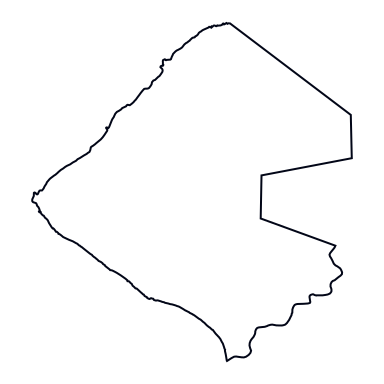 outline of Gros Piton, Soufrière, Saint Lucia
{"feature_id": "8701671B60383917462580", "entity_name": "Gros Piton", "entity_type": "district", "adm_level": 2, "iso_a3": "LCA", "parent_name": "Saint Lucia", "parent_adm1": "Soufrière", "projection": "mercator", "projection_center": [-61.071, 13.808], "detail": "fine", "context": "isolated", "style": "outline", "palette": "ink", "viewbox_px": 384, "rotation_deg": 0, "n_neighbors": 0, "source": "geoboundaries", "source_scale": "gbopen_adm2", "svg_char_len": 5456}
<svg xmlns="http://www.w3.org/2000/svg" viewBox="0 0 384 384"><path d="M350.8,114.9L230.0,23.4L228.8,23.4L228.2,23.3L227.4,23.8L226.8,23.3L226.4,23.0L225.0,24.0L224.1,24.4L223.4,24.3L223.2,24.1L223.5,23.6L223.2,23.5L222.7,23.8L222.4,24.3L222.4,24.6L220.7,25.4L219.6,25.5L218.7,25.6L217.8,25.6L217.3,25.4L217.0,25.6L216.7,26.1L216.1,26.2L215.8,26.1L214.7,25.5L213.9,25.5L213.5,25.7L212.7,26.5L212.1,27.0L212.1,26.4L211.6,26.3L211.1,27.0L210.8,27.4L209.8,26.9L209.1,26.9L208.9,27.3L208.1,27.7L203.8,29.6L202.4,30.3L201.1,31.4L200.4,31.7L199.3,32.5L198.9,32.8L197.9,34.5L197.2,35.2L196.3,35.9L195.4,36.3L195.1,36.6L194.8,37.2L194.0,37.5L193.2,37.5L192.8,37.8L192.2,38.0L190.1,40.0L189.7,40.6L188.2,41.6L187.5,42.3L186.0,43.1L184.3,44.5L183.1,46.1L182.1,47.4L180.6,48.5L178.2,49.8L176.7,50.5L175.4,51.5L173.1,53.9L172.5,55.5L172.0,56.3L171.1,58.7L171.0,59.1L170.4,59.6L166.8,59.9L166.1,60.2L165.6,60.1L165.3,59.5L164.7,59.3L163.1,60.1L162.8,61.1L162.9,62.1L162.9,64.4L163.3,64.7L163.3,65.1L162.8,65.8L161.3,65.9L160.7,66.3L160.4,67.1L160.8,67.6L162.0,68.7L162.2,69.0L162.6,70.0L162.6,70.9L162.3,72.0L161.1,73.8L159.8,75.6L159.3,76.2L158.4,76.7L155.1,79.9L153.4,80.5L153.0,81.0L152.0,82.2L151.8,83.2L151.6,84.3L150.5,86.1L149.2,87.8L148.5,88.3L147.4,88.6L145.1,88.7L144.2,88.9L142.7,90.5L140.7,93.0L139.1,95.2L137.8,96.9L135.7,99.8L134.9,100.5L133.5,102.2L131.8,103.7L129.8,105.2L128.7,105.0L127.7,104.8L126.7,105.3L126.1,106.3L122.2,108.1L121.1,109.4L119.0,110.8L116.9,111.9L115.3,113.7L114.2,116.0L113.8,117.0L112.5,118.9L111.8,120.3L109.5,126.1L109.0,127.3L108.5,127.9L108.3,128.1L107.8,127.9L106.9,127.4L106.4,127.5L106.1,127.9L106.3,128.4L107.1,129.3L107.3,130.2L107.1,130.9L104.3,135.1L102.7,137.3L100.8,139.4L96.2,143.2L95.1,144.2L93.1,145.7L91.3,146.8L90.8,147.5L90.3,150.0L89.9,151.0L89.4,152.0L87.7,153.0L86.7,153.9L84.0,155.4L80.1,157.9L78.6,158.7L77.6,159.2L76.0,160.8L72.8,162.5L70.1,164.4L67.0,165.8L65.2,166.9L63.0,168.6L60.9,169.9L58.9,171.6L57.9,172.5L57.4,173.1L56.7,173.6L55.5,174.7L54.3,175.4L50.6,178.2L49.6,179.1L46.9,182.3L46.3,183.8L44.5,186.5L43.6,188.5L42.1,190.4L41.3,190.5L40.3,190.4L39.5,190.7L38.4,192.6L38.1,193.6L37.6,194.2L37.1,194.4L36.4,194.1L35.6,193.0L34.7,192.5L34.4,192.5L33.9,192.9L33.8,196.0L32.3,199.3L32.2,200.2L32.3,201.2L32.8,201.9L33.4,202.3L33.8,202.4L34.8,202.7L36.2,203.3L36.8,204.6L36.8,204.9L37.2,205.9L38.3,207.0L39.1,208.5L39.9,210.9L39.1,211.2L38.9,211.5L39.1,211.9L39.5,212.3L40.0,212.4L40.7,212.2L40.8,212.6L41.1,213.4L41.5,214.0L42.9,215.4L43.6,215.6L43.9,215.9L44.6,217.1L45.0,217.7L46.4,218.8L47.7,220.2L49.1,223.2L51.9,227.6L52.8,228.5L53.2,228.3L54.2,229.2L55.3,230.7L55.9,231.7L56.8,231.8L57.5,232.4L58.3,233.1L58.4,233.5L58.5,233.9L59.5,234.1L61.0,235.2L62.1,236.1L63.1,237.0L65.8,238.3L69.0,239.8L72.8,241.3L76.1,243.2L77.4,243.8L78.1,244.5L78.9,245.3L79.9,245.7L80.6,246.5L81.4,246.8L84.1,249.0L87.5,251.7L89.9,253.6L90.6,254.1L91.9,254.8L92.5,255.7L93.9,256.9L95.4,257.9L96.1,258.6L97.4,259.6L98.6,260.9L100.8,261.9L102.3,263.0L102.6,263.3L103.1,264.1L103.9,264.6L104.7,265.0L104.9,265.3L105.3,266.1L106.0,266.6L107.9,268.1L109.7,269.5L110.1,270.1L111.0,270.2L112.0,270.4L112.5,270.6L114.7,271.7L116.9,272.9L119.1,274.3L120.7,275.3L125.5,278.7L126.9,279.9L127.3,280.2L127.3,280.7L127.5,281.2L128.9,281.3L129.5,281.8L130.7,283.2L131.7,283.8L132.6,285.7L134.1,286.9L135.5,288.4L136.6,288.5L137.2,289.0L141.0,292.5L142.2,293.5L142.9,294.3L143.8,294.6L144.6,296.0L146.3,296.9L146.7,297.0L146.9,297.6L148.3,298.6L149.5,299.0L150.4,298.6L150.5,298.4L151.1,298.2L153.0,298.8L153.3,298.8L153.8,299.8L154.2,300.1L155.4,300.4L156.0,300.6L156.9,300.4L157.8,300.4L161.1,301.4L162.0,301.8L164.2,302.3L165.0,302.8L168.3,303.5L170.1,304.1L172.1,304.4L174.5,305.1L175.8,305.5L176.9,306.0L178.7,306.5L180.2,307.3L183.1,309.0L185.4,310.5L185.6,310.5L187.9,311.7L188.9,312.1L189.6,312.8L192.5,314.2L192.7,314.5L193.5,314.8L194.7,315.6L197.8,317.9L198.7,318.6L200.7,319.7L203.1,321.9L204.4,322.8L206.0,324.5L207.0,325.5L209.0,327.1L210.0,327.7L210.8,328.5L212.1,329.7L212.8,329.9L215.5,333.5L216.4,334.5L217.5,335.6L217.8,336.0L219.1,337.3L219.4,337.8L220.3,338.9L221.8,341.9L222.4,342.8L222.9,343.7L223.6,345.8L224.3,347.9L224.3,348.2L224.8,349.3L225.1,349.7L224.9,350.7L225.7,354.2L226.3,357.7L226.8,360.7L227.0,361.0L231.5,358.1L234.1,356.7L236.1,356.5L238.0,356.8L241.6,357.3L243.9,357.4L246.1,356.7L248.7,354.9L250.4,352.9L251.1,350.7L250.2,348.3L249.8,346.8L249.5,345.4L249.7,343.1L250.6,340.7L251.6,339.2L253.6,336.8L254.9,334.2L255.2,333.0L255.3,331.3L256.0,329.4L257.3,327.9L258.9,327.4L264.8,326.8L267.2,326.0L268.1,325.5L270.5,324.8L272.2,324.6L276.5,325.4L281.9,325.5L283.8,325.1L285.4,324.5L286.7,323.2L287.1,322.9L287.3,322.5L289.2,319.8L290.3,317.5L291.5,315.2L291.8,313.4L292.3,312.8L292.4,309.5L293.1,307.4L294.0,305.8L294.7,304.9L296.0,304.3L297.4,304.0L303.6,303.8L307.9,303.5L309.8,303.0L310.3,302.0L309.9,299.6L309.5,297.0L309.6,296.1L310.5,295.0L312.5,294.3L313.3,294.3L314.5,295.0L316.3,295.5L316.6,295.3L322.8,295.3L325.7,294.9L327.7,294.5L329.8,293.6L330.9,292.4L331.4,291.5L331.5,290.0L331.3,288.7L330.5,286.5L330.6,284.2L331.5,282.2L332.7,281.0L334.7,280.2L338.5,277.1L340.5,275.7L341.9,274.2L342.1,272.3L341.2,270.1L340.2,268.4L337.4,266.4L335.5,265.4L333.8,263.7L332.5,260.8L331.1,258.1L330.0,256.5L329.5,254.7L330.1,253.2L331.0,252.0L333.7,248.7L334.6,247.5L335.4,245.7L260.7,218.5L261.5,175.4L351.8,158.2L351.7,155.1L350.8,114.9Z" fill="none" stroke="#020617" stroke-width="2"/></svg>